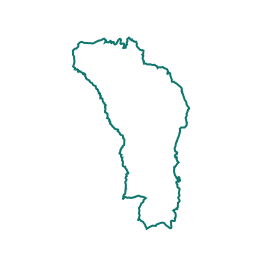 the district of Poiana Cristei, Vrancea, Romania, rotated 28°
{"feature_id": "2599482B17918493537956", "entity_name": "Poiana Cristei", "entity_type": "district", "adm_level": 2, "iso_a3": "ROU", "parent_name": "Romania", "parent_adm1": "Vrancea", "projection": "albers", "projection_center": [26.947, 45.68], "detail": "fine", "context": "isolated", "style": "outline", "palette": "teal", "viewbox_px": 256, "rotation_deg": 28, "n_neighbors": 0, "source": "geoboundaries", "source_scale": "gbopen_adm2", "svg_char_len": 5836}
<svg xmlns="http://www.w3.org/2000/svg" viewBox="0 0 256 256"><g transform="rotate(28 128 128)"><path d="M172.5,81.6L169.1,80.1L168.3,79.2L167.7,78.2L166.0,77.0L164.7,76.4L159.9,71.7L159.2,71.7L158.7,70.3L157.8,70.2L157.5,68.8L156.7,67.7L155.3,67.1L151.3,66.3L150.2,65.9L148.0,66.0L146.9,65.6L145.1,66.5L144.2,65.5L143.8,64.5L140.6,61.7L139.9,60.4L139.0,59.8L138.2,59.9L137.6,60.9L137.6,61.6L137.3,61.6L136.8,60.4L136.7,59.2L136.2,58.7L134.7,57.8L132.8,57.9L131.7,58.2L130.2,57.8L129.1,58.7L126.5,60.0L126.0,61.2L124.3,59.8L123.0,60.0L121.7,59.7L121.2,60.2L119.6,61.0L117.3,61.4L116.9,61.9L115.0,62.9L113.8,62.7L112.8,62.9L112.0,63.7L110.6,62.3L110.8,61.6L110.5,61.3L109.8,61.0L108.2,59.8L107.9,59.0L108.0,58.1L107.6,57.6L107.6,56.9L107.3,56.7L106.9,57.0L106.5,56.4L106.2,56.4L106.5,55.1L105.3,52.4L104.0,52.5L103.5,53.0L102.0,53.3L97.9,51.9L96.7,50.9L96.4,49.5L94.6,48.0L93.0,48.9L91.8,48.4L90.3,49.0L89.7,48.0L88.9,48.7L88.5,48.8L88.0,48.2L86.4,47.8L85.6,50.0L86.1,50.4L86.4,51.2L86.7,51.6L86.8,51.8L86.6,52.5L86.9,53.1L87.0,53.9L88.0,54.7L87.3,56.0L88.3,58.1L88.2,58.3L86.9,59.0L86.6,59.6L86.3,59.7L86.1,59.5L86.2,58.6L86.1,57.8L85.9,57.5L85.8,56.4L84.8,55.5L84.0,55.6L83.7,56.1L82.2,57.2L81.8,57.1L81.1,55.6L80.8,54.6L80.7,53.8L79.6,53.0L78.9,53.2L78.2,54.4L78.3,55.9L78.0,57.6L78.3,58.7L77.4,60.3L76.3,60.2L74.9,58.8L74.3,59.1L73.6,60.8L73.1,60.8L72.7,60.5L72.6,59.6L71.7,59.2L71.4,59.6L70.7,61.5L70.1,61.6L69.3,62.1L68.3,61.8L67.6,63.0L67.5,61.8L67.1,61.5L67.3,60.9L65.0,60.3L64.1,61.2L63.6,62.3L62.8,63.3L61.3,64.4L61.2,64.7L60.8,64.9L57.5,69.7L49.0,73.5L46.8,73.6L45.7,74.6L44.8,76.6L44.6,77.5L45.2,77.9L45.8,79.3L45.8,79.9L44.9,82.4L44.1,82.7L43.8,83.1L43.0,85.5L43.2,86.1L43.9,86.8L45.0,89.1L46.8,90.2L47.4,91.0L47.5,91.6L49.8,94.8L50.7,99.5L53.3,99.9L53.5,101.2L55.0,100.7L55.5,100.1L56.2,100.3L56.7,100.2L57.0,100.6L57.3,101.7L57.6,101.8L58.2,101.5L58.5,100.5L59.2,100.6L59.8,100.4L60.7,100.9L62.1,100.5L63.0,101.5L63.6,101.6L63.9,101.3L63.7,100.5L64.0,100.3L65.2,100.9L65.6,101.6L65.9,102.5L66.8,102.8L67.6,103.9L68.2,103.9L68.9,104.3L71.5,104.1L72.0,104.4L72.2,104.9L73.5,105.3L75.4,105.2L76.8,106.3L77.7,106.5L79.7,106.1L81.1,107.9L82.0,108.3L82.5,108.1L82.8,108.4L83.3,108.3L83.9,108.9L84.0,109.3L85.6,110.2L85.9,111.1L87.1,110.6L87.5,111.1L87.8,112.1L89.1,112.5L89.0,113.8L89.6,114.8L90.6,114.0L91.8,114.3L93.0,116.0L94.4,117.1L95.7,117.2L96.0,117.9L97.7,118.3L97.8,118.8L97.4,119.6L97.9,120.5L98.6,120.8L98.7,121.4L99.2,121.8L99.6,122.7L99.5,123.4L100.3,124.8L100.8,125.0L101.5,124.7L103.5,125.3L103.7,126.1L105.0,127.9L104.8,128.8L104.8,129.1L106.7,128.9L107.5,129.1L107.9,130.6L109.2,130.6L109.7,131.1L109.7,131.9L109.9,132.4L110.6,132.7L111.1,132.6L112.5,133.4L113.0,133.3L113.7,134.0L115.3,134.2L115.6,134.5L116.4,134.6L117.1,135.0L119.6,134.1L120.2,134.2L120.5,134.8L120.4,135.6L121.4,135.7L123.1,136.4L123.5,136.6L123.6,137.1L124.3,137.4L125.3,137.4L126.9,137.1L127.6,138.0L128.2,138.5L128.3,139.2L129.1,139.3L130.4,140.1L132.5,144.8L132.3,145.6L131.8,146.2L132.2,147.7L131.6,148.3L131.6,149.3L132.0,149.9L131.6,151.1L132.2,151.9L132.2,152.7L132.6,153.7L132.3,154.0L132.3,154.3L134.1,154.9L134.8,154.7L135.0,156.0L135.3,156.5L136.2,157.1L136.9,156.7L137.4,158.0L137.7,159.2L137.9,159.4L138.3,159.3L139.6,160.4L140.5,162.8L141.3,164.0L142.4,164.0L143.7,163.5L144.5,164.6L145.6,165.2L146.4,165.3L146.9,166.0L149.5,167.7L149.5,168.1L148.5,168.7L148.2,169.7L149.5,171.0L149.1,171.6L149.2,173.1L149.5,173.5L149.9,173.5L151.0,174.3L151.1,175.3L150.8,176.3L151.4,177.8L152.0,178.1L153.4,180.1L153.6,181.1L154.0,181.9L154.8,182.3L154.6,183.1L155.0,183.9L154.9,184.2L155.3,184.5L155.4,185.3L156.4,187.2L156.4,187.6L155.6,188.8L155.9,190.4L156.6,191.9L156.6,192.7L157.0,192.8L157.8,190.1L160.1,190.0L161.7,188.8L162.6,188.7L164.3,187.8L165.1,186.8L165.6,186.7L166.2,185.8L167.1,185.2L167.4,184.4L168.6,183.5L168.8,183.0L169.2,182.7L171.8,182.6L172.3,182.1L174.6,181.5L176.6,181.6L175.6,184.1L175.6,184.6L176.1,185.3L176.1,185.7L176.0,186.7L175.2,188.4L175.5,192.0L175.2,193.4L176.9,195.6L177.8,198.5L178.8,199.0L179.3,199.7L179.8,201.9L180.1,204.4L180.4,204.4L180.8,203.4L181.2,203.1L183.0,203.9L185.5,203.8L186.8,204.7L188.1,205.1L189.2,206.0L189.6,206.7L191.2,207.5L191.8,208.2L193.6,205.2L195.4,202.8L198.6,201.3L198.7,200.9L198.5,199.9L201.5,196.4L202.6,195.5L204.5,194.9L207.0,196.0L210.4,196.4L211.5,196.7L212.7,196.5L213.0,196.2L212.8,194.9L211.8,193.7L210.7,191.7L209.9,190.8L209.8,190.1L210.2,189.2L211.9,188.8L212.7,188.2L212.9,187.9L212.6,186.9L211.7,185.8L211.6,185.3L212.0,184.8L211.2,182.7L209.8,180.9L208.2,180.3L207.5,179.4L206.8,179.5L207.1,178.5L209.2,176.6L208.8,176.2L209.3,175.9L208.9,175.1L209.1,174.3L207.2,170.6L207.6,170.0L207.9,168.8L207.7,167.9L206.3,166.8L205.5,166.5L205.0,165.9L204.9,165.4L205.2,163.6L204.7,162.8L203.6,162.0L202.6,159.0L202.3,157.8L201.4,157.1L200.2,157.2L199.4,156.9L198.6,155.8L198.5,155.2L198.3,154.8L196.9,154.3L196.0,152.9L196.5,152.2L197.8,151.8L198.6,150.4L198.3,149.3L198.0,149.2L197.0,150.0L196.2,150.2L195.9,149.3L197.1,148.8L196.7,147.7L195.9,147.4L195.5,148.0L195.6,148.4L195.0,148.9L195.1,149.2L194.6,149.6L193.5,148.6L191.7,147.7L189.0,144.8L188.4,143.1L187.5,141.8L187.2,141.0L187.8,140.7L187.7,139.3L188.1,138.8L188.2,136.7L188.8,134.6L187.0,134.1L186.9,133.7L185.7,133.0L185.2,132.2L185.3,131.4L184.9,131.0L184.2,131.0L183.6,131.7L182.5,130.8L182.2,130.2L182.5,128.9L183.4,128.4L183.0,126.6L182.4,126.4L180.6,126.5L180.1,125.5L179.0,124.7L178.6,123.7L178.5,121.8L177.5,119.2L177.5,118.1L177.2,117.4L177.5,116.6L177.1,115.8L177.0,114.1L176.7,113.4L176.8,111.9L176.2,109.5L176.3,109.2L175.7,108.0L175.9,107.5L175.0,105.6L174.1,104.4L174.7,102.6L177.8,100.9L178.5,98.3L178.4,97.6L177.5,96.2L177.5,95.5L176.7,95.2L175.4,93.3L174.2,92.2L174.0,89.1L173.0,87.9L172.9,86.0L172.4,83.6L172.9,82.3L172.5,81.6Z" fill="none" stroke="#0f766e" stroke-width="2"/></g></svg>